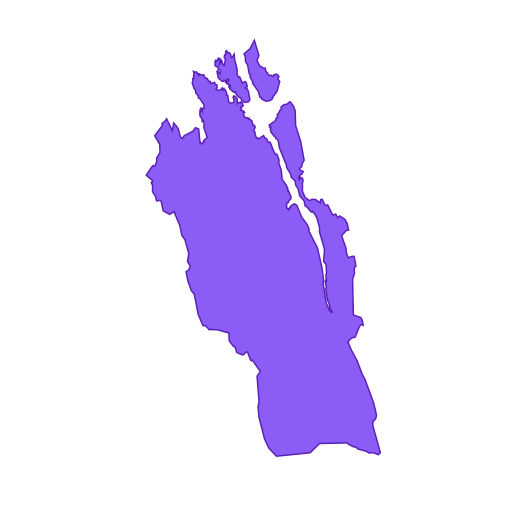 Hjelmeland nor, Rogaland, Norway, rotated 82°
{"feature_id": "86288312B13309254360301", "entity_name": "Hjelmeland nor", "entity_type": "district", "adm_level": 2, "iso_a3": "NOR", "parent_name": "Norway", "parent_adm1": "Rogaland", "projection": "equal_earth", "projection_center": [6.272, 59.206], "detail": "fine", "context": "isolated", "style": "filled", "palette": "violet", "viewbox_px": 512, "rotation_deg": 82, "n_neighbors": 0, "source": "geoboundaries", "source_scale": "gbopen_adm2", "svg_char_len": 5991}
<svg xmlns="http://www.w3.org/2000/svg" viewBox="0 0 512 512"><g transform="rotate(82 256 256)"><path d="M457.1,263.6L458.4,229.9L450.5,219.1L453.8,191.8L455.4,190.5L458.4,186.2L459.1,183.9L461.5,181.6L464.8,173.8L466.7,171.7L467.1,167.3L469.8,162.4L468.0,160.2L440.3,163.9L436.7,163.4L433.4,159.9L430.4,158.8L418.1,159.9L393.1,165.3L388.2,167.2L373.6,170.5L362.1,174.8L353.9,176.9L350.7,173.1L350.0,169.0L340.2,163.4L338.4,161.2L339.5,159.5L334.6,159.7L331.5,160.8L328.0,167.8L292.6,163.6L287.0,160.9L281.6,160.5L280.2,158.6L276.3,158.5L269.9,159.0L269.8,161.6L270.7,164.8L270.2,165.0L265.7,166.0L261.4,165.7L247.7,168.4L243.2,162.9L243.2,160.7L240.2,160.9L236.8,161.1L232.0,162.9L228.0,167.6L229.6,169.5L225.6,171.3L226.1,174.4L215.4,177.9L215.5,179.8L214.9,180.7L209.0,182.6L209.2,184.1L212.3,184.9L208.3,189.3L207.7,192.6L208.6,195.3L204.8,199.2L198.5,201.0L190.1,199.8L188.2,198.9L185.5,199.1L185.8,200.1L184.1,200.8L184.5,201.9L186.3,202.5L184.8,203.1L182.2,201.5L181.5,199.4L178.9,197.4L177.3,200.1L175.9,200.9L173.7,198.2L171.5,197.7L167.9,195.0L148.8,195.8L132.4,198.6L117.6,197.0L113.3,197.9L108.4,200.3L108.0,201.2L110.1,204.5L110.0,207.3L112.0,210.5L114.5,210.6L115.2,212.2L117.3,213.3L118.9,215.3L121.3,215.1L122.4,217.0L124.6,217.7L128.2,224.7L130.1,224.6L131.0,223.8L130.7,223.3L132.7,224.2L135.4,223.9L140.0,221.3L140.2,220.4L142.5,219.9L143.4,218.7L145.8,217.9L152.0,217.8L170.0,213.3L173.0,213.2L179.5,210.3L183.1,210.1L186.7,206.9L191.3,206.8L195.2,205.0L202.7,204.3L208.0,200.7L213.2,200.4L214.3,198.9L219.7,195.5L220.1,195.1L219.5,193.8L221.0,193.4L221.1,192.6L226.7,190.4L237.5,189.1L240.7,189.8L258.9,187.2L270.6,189.8L274.3,187.8L281.8,188.4L285.5,189.6L290.6,189.6L290.9,190.0L290.0,190.5L290.9,191.1L296.4,190.6L298.4,191.5L310.7,191.2L311.6,190.5L318.5,189.8L321.4,188.5L322.3,188.6L322.3,189.3L320.8,190.6L312.2,193.0L292.7,193.3L288.6,192.4L277.3,192.3L256.6,194.0L238.9,200.1L236.7,199.7L232.0,200.9L223.9,205.4L211.7,208.4L209.6,210.7L211.1,214.3L212.8,215.3L212.0,215.2L212.3,215.7L214.7,216.6L214.6,217.5L213.4,217.6L213.0,219.0L207.9,218.4L208.0,217.0L206.2,216.0L204.1,213.4L202.0,213.1L195.9,214.8L196.3,215.4L192.8,215.2L192.8,215.7L190.5,215.9L183.9,219.4L174.3,219.1L167.0,220.5L164.2,219.8L158.2,221.1L157.8,222.7L154.6,223.9L145.4,226.1L145.0,228.0L141.3,229.3L140.4,230.7L137.8,231.8L140.2,236.7L139.2,238.4L139.7,238.5L138.7,239.2L135.3,240.0L133.1,239.7L132.6,240.5L131.2,240.6L128.4,238.9L126.5,239.3L126.6,240.0L125.4,240.8L121.6,241.3L120.3,242.4L119.4,244.0L118.9,243.9L119.2,244.3L117.8,245.1L118.0,246.7L117.3,247.7L113.5,248.7L112.4,248.5L112.4,247.3L110.8,248.0L109.6,250.9L108.3,249.9L106.4,250.4L106.4,249.3L105.5,247.8L102.4,248.2L101.3,250.0L102.3,250.3L101.6,252.6L102.5,253.5L98.1,252.6L96.0,253.7L94.3,255.8L95.3,256.5L100.1,256.1L101.0,257.2L101.1,260.3L98.8,261.7L93.5,261.6L92.8,261.7L92.6,262.8L90.6,262.4L86.9,263.4L86.2,264.3L86.7,264.7L85.7,264.7L86.3,265.6L87.0,265.4L86.9,266.0L84.9,266.2L86.3,267.5L86.9,270.7L85.1,272.3L84.0,271.1L81.1,270.9L80.3,272.7L78.4,272.7L78.9,276.6L76.6,277.1L76.7,278.4L73.7,279.6L74.1,279.1L73.6,279.5L73.2,280.1L73.3,280.6L71.9,281.9L69.2,282.6L69.3,284.8L67.7,287.0L69.1,287.6L65.8,289.0L65.3,289.8L65.5,291.2L64.6,292.2L67.5,291.9L69.0,292.8L71.6,293.0L71.5,294.0L73.4,294.0L75.9,295.1L82.0,293.9L82.7,292.8L86.0,293.0L89.5,290.8L91.2,291.3L92.1,289.9L98.6,286.6L102.5,286.8L102.4,287.8L104.1,288.7L102.3,289.1L101.9,290.0L105.3,289.7L103.8,291.1L107.8,291.9L110.2,291.8L112.2,290.5L116.1,290.7L113.9,289.8L114.4,289.3L118.0,289.0L121.4,289.8L131.8,287.8L134.5,291.8L135.9,291.6L135.8,292.5L137.3,293.5L137.1,294.6L135.7,295.1L136.7,295.7L122.2,295.1L120.5,298.2L123.6,301.0L126.9,310.4L129.4,312.5L127.9,314.2L119.3,315.3L116.5,316.6L112.8,319.0L120.2,321.4L107.7,325.4L109.8,327.4L111.7,330.6L114.0,330.8L122.8,339.6L132.0,335.8L139.9,336.6L145.0,340.6L149.0,341.4L152.4,343.2L152.9,344.4L152.1,345.3L153.0,346.5L160.7,353.5L166.7,348.1L168.4,348.5L168.6,349.5L171.5,348.6L177.9,349.5L183.0,347.2L187.3,346.9L187.8,346.5L187.4,343.9L188.6,342.3L198.4,341.6L202.8,335.7L200.7,331.0L215.4,327.2L225.4,326.5L230.0,324.1L244.0,322.2L252.0,324.6L256.7,322.5L260.5,324.5L261.8,327.5L271.2,326.9L281.0,325.0L285.4,322.4L305.6,321.4L317.6,318.2L317.9,315.8L322.7,312.4L322.1,310.4L322.7,310.0L323.8,304.2L328.5,293.5L336.1,294.4L341.9,291.2L343.7,289.2L348.3,288.7L349.5,287.7L352.2,282.7L349.8,279.1L350.1,277.7L358.1,275.9L359.0,275.2L358.4,274.4L359.0,273.9L370.9,267.8L375.2,271.7L400.3,273.2L405.9,275.0L416.1,275.5L438.4,273.0L448.1,270.0L457.1,263.6ZM54.1,239.7L57.0,238.9L62.1,239.3L65.8,237.7L74.4,237.4L76.3,236.5L77.6,237.0L82.9,235.1L84.6,235.2L93.5,230.7L99.2,230.1L99.4,229.0L101.3,228.6L104.2,224.4L104.0,220.6L102.7,218.0L100.4,216.7L95.8,212.2L86.4,208.2L83.7,209.8L81.4,208.3L78.8,210.2L79.0,213.2L80.0,213.5L80.5,214.6L79.2,215.7L78.9,218.0L75.5,219.7L75.0,220.6L71.2,220.7L71.3,221.9L68.4,225.8L62.5,227.8L57.9,225.2L42.2,227.6L50.1,233.3L54.1,239.7ZM87.2,241.1L83.4,241.4L81.8,242.4L82.3,245.0L84.0,245.3L77.0,247.0L76.3,247.3L76.7,248.4L73.4,249.5L68.5,248.7L58.7,249.8L53.1,249.6L56.1,251.8L56.1,252.8L52.3,253.2L50.9,254.3L50.9,255.5L49.0,256.3L49.4,256.5L49.0,257.5L52.9,258.3L52.8,259.2L54.9,259.9L56.7,258.9L62.9,260.8L62.9,261.3L60.8,262.3L57.5,262.8L62.0,265.8L57.1,264.2L55.4,264.4L55.7,265.1L55.0,265.1L55.1,266.1L56.8,266.7L57.2,267.7L56.7,268.3L57.6,268.4L56.9,268.9L57.3,269.4L61.7,270.0L63.1,268.9L63.2,267.2L65.8,267.5L66.6,265.8L68.3,265.5L70.6,266.4L67.2,268.2L67.8,269.0L74.5,268.5L78.1,265.5L78.6,263.7L77.7,263.2L78.1,261.7L78.8,261.8L76.9,259.8L77.0,258.6L78.1,258.4L79.4,259.7L78.9,259.7L79.3,261.2L80.2,261.3L81.4,260.8L83.1,257.8L84.9,257.8L84.6,258.5L85.1,258.7L83.6,258.7L84.2,259.4L87.0,258.6L87.2,257.9L89.9,256.3L90.3,254.6L91.0,254.5L90.7,253.5L93.5,253.1L96.9,250.4L97.0,249.2L100.1,248.5L102.4,245.5L102.3,242.1L100.4,240.3L91.8,240.7L89.2,241.5L88.3,243.3L87.3,242.8L87.2,241.1Z" fill="#8b5cf6" stroke="#5b21b6" stroke-width="1.5"/></g></svg>